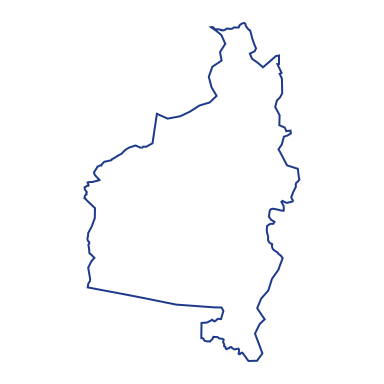 outline of Eloxochitlán de Flores Magón, Oaxaca, Mexico
{"feature_id": "50627088B32131961110957", "entity_name": "Eloxochitlán de Flores Magón", "entity_type": "district", "adm_level": 2, "iso_a3": "MEX", "parent_name": "Mexico", "parent_adm1": "Oaxaca", "projection": "orthographic", "projection_center": [-96.869, 18.197], "detail": "fine", "context": "isolated", "style": "outline", "palette": "blue", "viewbox_px": 384, "rotation_deg": 0, "n_neighbors": 0, "source": "geoboundaries", "source_scale": "gbopen_adm2", "svg_char_len": 4420}
<svg xmlns="http://www.w3.org/2000/svg" viewBox="0 0 384 384"><path d="M282.7,258.2L280.9,255.7L278.3,253.7L277.7,252.6L275.7,251.3L273.6,249.9L272.4,248.2L272.0,246.5L271.9,245.2L272.2,244.2L269.5,242.7L268.5,241.1L268.0,240.0L268.2,237.0L267.0,232.2L266.8,230.1L267.0,226.2L269.2,224.4L271.0,223.8L273.3,223.8L274.5,221.9L271.0,219.7L268.9,216.6L269.7,211.1L270.6,209.4L272.7,208.7L275.1,209.1L277.7,209.6L280.6,210.4L283.5,210.8L283.8,210.1L283.8,208.5L283.6,205.7L282.8,204.7L282.4,203.5L281.4,201.9L282.4,200.9L285.8,202.6L287.1,202.9L288.7,202.4L289.8,202.2L290.8,202.0L291.9,201.7L292.7,201.3L292.9,200.4L292.2,199.3L291.6,198.2L291.3,197.5L291.4,196.7L292.3,194.6L292.6,193.7L292.9,192.6L294.6,189.3L295.9,186.7L295.7,184.4L296.3,182.8L297.4,182.0L298.6,180.5L299.4,179.7L298.7,176.4L298.6,175.0L297.8,168.8L291.6,166.8L287.7,165.6L287.0,165.3L286.0,163.3L284.0,159.6L282.7,157.1L280.3,152.4L278.5,149.3L281.8,144.5L283.9,136.7L287.5,135.5L290.9,133.4L290.5,130.6L286.3,131.2L284.8,127.6L279.3,125.2L279.6,115.2L275.2,107.0L276.9,100.5L280.0,97.4L282.2,93.4L282.1,87.0L281.9,78.6L279.7,73.8L281.6,72.9L277.4,64.1L279.0,64.0L279.0,55.5L275.9,56.1L263.0,67.3L257.8,62.8L253.3,59.7L251.9,58.5L250.7,55.5L249.9,53.6L254.6,51.3L256.1,48.3L255.2,46.6L252.3,38.7L250.5,31.6L249.6,29.9L249.0,29.9L248.1,29.0L247.6,28.4L246.9,27.5L245.9,26.0L245.7,25.3L245.6,24.4L245.1,23.5L244.1,23.0L243.0,23.2L242.1,23.5L241.3,24.0L241.1,24.2L240.5,24.4L239.8,25.2L239.3,25.7L239.1,27.0L238.5,27.5L236.1,27.5L234.2,27.4L232.2,28.6L230.8,28.9L229.2,28.9L227.8,28.5L226.3,28.8L225.0,29.9L223.1,30.5L221.9,29.8L221.2,30.3L219.5,29.4L217.1,29.3L214.6,29.2L214.2,28.6L213.6,27.6L212.1,27.0L211.0,27.2L216.0,30.6L221.4,35.1L224.7,42.5L225.3,43.9L225.1,44.1L220.0,52.1L221.5,60.0L221.6,60.6L214.2,65.5L212.3,66.8L210.5,72.0L208.8,76.9L211.6,87.5L216.0,94.8L216.6,95.9L214.2,98.2L209.6,102.5L199.5,105.5L189.8,111.7L180.1,116.3L167.6,118.6L156.9,113.8L156.5,116.5L152.5,143.3L146.1,146.8L143.3,146.6L142.3,147.6L140.3,147.6L135.6,145.5L129.3,147.5L125.2,150.0L121.6,153.7L117.6,155.9L114.9,157.6L114.2,158.0L113.2,158.6L111.9,159.2L111.5,160.1L111.3,160.2L109.1,160.7L106.8,161.3L105.3,161.5L104.2,161.9L102.4,163.6L101.6,165.0L101.3,165.5L100.4,165.3L99.5,165.7L98.4,166.4L97.5,166.6L96.6,168.3L95.8,169.4L94.9,171.0L94.0,172.2L94.5,174.5L95.9,176.2L98.0,178.4L98.6,179.2L99.2,179.4L99.5,180.0L98.8,180.3L98.7,180.4L97.8,180.6L96.5,181.0L95.3,181.2L93.8,181.6L93.5,181.7L92.5,182.0L90.6,182.0L89.0,182.1L87.6,182.5L88.4,184.5L88.5,185.6L88.0,185.9L87.4,185.7L86.8,185.8L86.5,186.1L86.0,186.7L85.1,187.1L84.6,187.3L84.7,188.9L85.2,189.9L85.8,190.8L86.5,191.6L86.8,192.3L86.2,193.2L86.6,194.3L85.9,194.8L85.3,195.2L84.8,196.0L84.7,197.0L85.1,198.0L84.7,198.4L85.2,198.7L88.2,201.7L94.3,207.5L95.0,208.1L94.8,217.5L94.8,218.2L93.1,222.8L91.8,226.3L91.4,227.0L90.4,228.9L90.4,229.0L89.7,230.2L88.9,231.9L88.3,232.8L88.2,233.2L88.0,235.8L87.9,236.6L87.9,236.9L87.4,238.1L87.5,239.6L87.6,239.8L88.0,240.8L88.3,241.3L89.1,241.9L89.3,243.4L88.4,244.7L89.0,248.3L89.3,251.2L89.3,251.6L89.4,253.2L91.3,254.6L91.4,254.9L94.4,257.8L91.2,261.6L88.2,267.8L90.2,279.2L89.9,281.2L88.3,283.6L87.7,287.4L134.3,296.2L152.1,299.7L156.7,300.7L176.2,304.6L214.7,307.4L216.8,307.4L221.5,307.5L221.7,307.8L223.4,310.9L221.7,316.6L221.4,317.6L221.1,319.0L220.2,319.2L219.2,318.9L218.2,318.8L217.3,319.1L216.4,320.2L216.2,320.3L215.6,320.6L214.7,321.4L214.2,321.2L213.8,321.0L213.1,320.7L212.4,319.8L211.9,319.8L210.6,320.7L209.3,321.4L207.9,322.1L207.5,322.3L206.8,322.6L204.1,322.7L201.5,323.0L201.5,324.3L201.3,335.8L201.4,338.2L202.6,338.1L203.5,338.8L203.8,339.8L204.9,340.9L206.9,341.4L208.6,341.3L209.9,341.6L211.5,339.9L212.7,338.8L212.9,337.6L213.4,336.8L214.3,337.0L215.5,337.0L217.6,337.1L219.5,338.6L221.0,338.6L222.3,338.9L223.0,339.1L223.7,339.8L223.6,340.2L223.1,342.1L224.2,344.1L224.2,344.8L224.1,346.2L225.4,346.9L225.8,348.7L226.6,349.2L228.3,348.3L229.2,348.1L229.8,347.4L230.4,347.2L231.3,347.1L232.0,347.9L234.1,349.3L235.3,349.3L237.7,348.7L238.4,348.7L238.9,349.2L239.1,349.8L239.1,350.5L239.0,351.4L238.6,353.4L238.8,354.0L239.2,354.2L239.8,354.2L241.4,352.8L242.4,352.7L244.0,354.8L247.5,359.7L248.5,361.0L254.2,360.8L257.0,360.8L262.4,353.4L259.0,344.2L255.0,333.6L259.7,324.0L264.7,319.3L262.7,316.5L257.2,308.2L261.1,298.7L268.3,290.5L272.0,278.8L278.4,269.8L279.9,265.5L282.7,258.2Z" fill="none" stroke="#1e3a8a" stroke-width="2"/></svg>